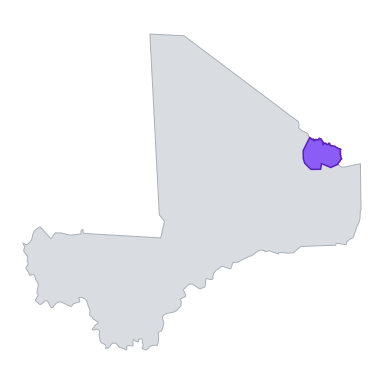 Abeibara, Kidal, Mali shown in context
{"feature_id": "8926073B20562192673680", "entity_name": "Abeibara", "entity_type": "district", "adm_level": 2, "iso_a3": "MLI", "parent_name": "Mali", "parent_adm1": "Kidal", "projection": "orthographic", "projection_center": [2.565, 19.628], "detail": "fine", "context": "in_parent", "style": "filled", "palette": "violet", "viewbox_px": 384, "rotation_deg": 0, "n_neighbors": 0, "source": "geoboundaries", "source_scale": "gbopen_adm2", "svg_char_len": 7040}
<svg xmlns="http://www.w3.org/2000/svg" viewBox="0 0 384 384"><path d="M38.0,295.8L38.2,294.3L36.9,293.0L36.9,292.5L37.9,287.9L37.9,286.7L38.6,284.4L37.7,283.3L37.6,282.5L35.6,279.3L35.1,276.7L34.1,274.9L31.7,274.2L30.7,275.6L30.1,275.7L29.2,274.6L28.9,273.7L29.0,272.9L26.0,268.6L26.3,266.5L27.6,265.5L28.2,263.6L27.1,261.4L27.4,259.4L27.5,256.5L25.7,253.9L24.6,252.6L23.6,250.8L24.7,246.8L23.0,243.2L26.5,244.9L28.2,243.8L29.9,242.2L31.5,240.0L32.3,237.2L32.7,234.8L34.3,231.0L36.1,229.3L39.8,227.0L40.7,227.3L46.0,233.4L49.1,236.6L50.2,238.2L51.3,238.3L53.1,235.7L54.9,233.4L55.6,232.8L61.4,233.0L64.3,233.7L67.0,234.6L70.7,235.1L80.8,234.0L81.0,232.9L80.9,231.5L81.4,230.5L82.3,229.6L83.0,229.5L83.1,232.7L84.0,233.3L86.3,233.6L160.7,237.9L164.5,221.3L159.3,214.9L149.9,34.1L183.9,35.7L189.6,40.0L298.5,121.8L299.0,124.4L298.8,127.9L299.7,129.0L301.3,130.2L307.7,133.6L308.2,134.3L308.4,135.7L309.1,137.4L310.5,138.4L312.1,139.2L314.0,139.7L319.9,140.2L321.1,141.0L323.6,144.2L325.0,144.8L332.8,146.5L335.4,147.3L338.2,148.7L339.7,150.0L339.6,154.9L340.7,158.1L340.7,159.0L339.5,160.3L339.2,161.2L337.7,163.7L338.0,164.7L340.8,166.6L342.1,167.2L343.7,167.2L360.4,163.7L361.0,209.6L360.3,210.4L360.0,218.5L358.7,223.3L356.6,226.9L355.2,232.2L354.4,233.2L353.8,236.2L352.6,238.0L350.4,238.7L346.5,242.1L346.2,244.8L337.0,243.3L336.4,243.4L336.0,243.7L335.8,245.2L312.2,246.0L300.7,246.6L293.4,252.7L288.6,253.2L282.7,252.6L279.7,252.6L278.5,252.9L278.3,254.0L268.9,250.7L265.4,251.7L264.9,251.3L264.4,250.6L262.7,250.2L260.0,250.3L258.1,250.8L252.1,255.5L248.8,256.7L242.8,259.4L238.6,261.8L237.1,262.3L234.8,262.3L232.8,262.8L231.0,268.3L229.8,268.9L222.8,266.4L221.3,266.7L220.1,267.3L216.0,270.5L214.0,273.0L212.8,276.5L213.0,278.8L212.2,279.4L210.4,279.5L207.1,278.7L206.1,279.0L205.6,280.7L205.6,284.5L204.8,287.0L202.8,287.7L201.3,288.7L200.1,288.9L199.1,288.6L193.4,284.6L191.5,283.9L189.3,284.3L187.2,285.8L183.4,289.6L183.8,291.1L184.8,292.7L185.5,294.8L185.4,296.6L180.0,299.0L181.2,301.0L180.9,306.1L178.4,308.4L177.5,309.9L175.2,311.4L173.1,312.3L166.7,313.4L164.0,314.9L162.8,316.2L162.5,317.6L162.7,319.2L163.8,322.7L163.3,325.8L162.2,329.3L161.2,330.9L158.1,332.6L158.5,335.0L158.7,338.4L158.1,342.7L157.1,345.6L156.4,345.3L153.5,345.3L150.4,346.0L149.3,346.7L149.0,347.7L146.3,349.9L144.6,349.7L143.0,349.0L142.1,348.3L142.1,347.9L143.1,346.1L143.2,345.4L142.3,342.0L142.5,341.2L142.1,338.7L141.9,338.5L138.5,339.4L138.3,339.9L138.8,341.6L138.4,341.8L137.2,341.7L135.5,341.1L133.7,339.5L133.2,340.0L133.0,341.1L132.8,342.5L133.2,345.1L132.7,346.0L129.8,345.6L127.4,345.8L126.7,346.7L126.5,347.7L127.0,348.8L126.9,349.3L125.9,349.9L125.4,349.9L124.1,348.6L118.7,347.1L118.3,345.3L117.7,345.3L116.1,343.1L115.3,343.1L114.7,343.4L112.7,343.1L110.8,344.8L109.4,347.0L107.9,348.0L105.7,348.3L106.1,346.9L105.4,344.9L100.9,342.2L100.2,341.1L99.2,335.5L99.3,333.9L99.7,332.4L99.6,331.3L99.1,330.4L97.8,329.5L96.3,329.0L94.5,329.9L93.6,330.1L92.7,330.0L92.3,329.5L92.4,329.0L94.5,326.1L95.5,324.9L97.5,323.6L98.1,322.9L98.1,322.3L98.0,321.9L96.7,321.3L94.7,319.8L93.7,319.5L92.8,318.8L91.9,316.6L91.5,316.2L90.5,315.9L89.7,315.3L90.0,310.0L88.2,305.9L86.7,300.8L85.8,299.5L84.3,298.4L82.4,297.6L80.6,297.3L78.7,297.7L78.7,298.2L79.7,299.9L79.8,300.8L79.6,301.6L79.2,302.2L76.6,302.6L73.0,304.1L71.7,306.2L70.9,306.4L69.6,306.0L60.4,301.7L56.5,303.0L53.8,305.9L53.2,306.9L51.9,307.7L51.3,307.7L50.6,307.0L48.1,302.0L47.0,300.8L45.6,300.6L44.3,301.3L42.9,302.8L41.2,304.2L40.2,304.5L39.3,304.2L35.6,300.7L35.5,300.0L37.4,296.4L38.0,295.8Z" fill="#d9dde1" stroke="#a8b0b8" stroke-width="1"/><path d="M338.0,164.2L338.0,163.8L337.9,163.7L338.0,163.3L338.0,163.2L338.2,162.9L338.4,162.7L338.5,162.6L338.7,162.4L338.8,162.3L339.0,162.2L339.4,161.8L339.6,161.7L339.8,161.4L340.0,160.9L340.1,160.6L340.4,159.8L340.5,159.8L340.7,159.7L341.0,159.5L341.2,159.4L341.4,159.3L341.5,159.2L341.6,158.9L341.5,158.5L341.3,158.2L341.2,158.0L341.2,157.8L341.1,157.6L340.9,157.4L340.9,157.2L340.8,156.9L340.7,156.7L340.6,156.3L340.6,156.2L340.8,156.1L340.9,155.7L340.6,155.2L340.4,155.0L340.3,154.6L340.2,154.5L340.2,154.3L340.2,154.1L340.3,153.9L340.5,153.7L340.6,153.4L340.6,153.1L340.4,153.0L340.4,152.9L340.3,152.6L340.2,152.4L340.2,152.2L340.2,151.9L340.2,151.6L340.3,151.5L340.4,151.2L340.5,151.1L340.5,150.9L340.5,150.5L340.5,150.4L340.5,150.2L340.6,149.8L340.7,149.6L340.8,149.5L340.8,149.4L340.7,149.2L340.3,149.0L340.1,149.0L339.9,148.9L339.7,148.9L339.6,149.0L339.4,148.9L338.7,148.7L338.4,148.6L338.2,148.3L338.1,148.2L337.8,148.2L337.7,148.0L337.6,147.9L337.4,147.9L337.1,147.7L336.5,147.5L336.3,147.4L336.2,147.4L336.0,147.2L335.8,147.1L335.6,147.0L335.6,146.9L335.5,146.5L335.2,146.4L334.8,146.3L334.7,146.3L334.6,146.2L334.4,146.2L334.2,146.2L333.9,146.2L333.7,146.0L333.2,146.0L332.9,146.0L332.7,145.9L332.4,145.8L332.2,145.9L331.8,145.8L331.6,145.8L331.4,145.8L331.2,145.7L331.1,145.8L331.0,145.7L330.9,145.7L330.8,145.4L330.7,145.4L330.4,145.3L330.2,145.3L330.1,145.2L329.9,145.0L329.9,144.9L329.7,144.7L329.8,144.5L329.7,144.5L329.7,144.4L329.6,144.1L329.5,143.9L329.4,143.8L329.4,143.7L329.5,143.7L329.5,143.4L329.4,143.3L329.2,143.2L328.9,143.2L328.9,143.3L328.8,143.5L328.7,143.8L328.8,144.0L328.1,144.3L328.1,144.2L327.9,144.1L327.7,144.2L327.7,144.3L327.4,144.3L327.3,144.5L327.2,144.6L326.8,144.5L326.6,144.5L326.5,144.4L326.5,144.2L326.3,144.0L326.2,143.9L326.0,143.7L325.9,143.4L325.8,143.2L325.7,143.2L325.6,143.3L325.4,143.3L325.1,143.4L324.8,143.1L324.7,143.1L324.5,143.3L324.4,143.3L324.1,143.5L323.8,143.6L323.7,143.6L323.4,143.8L323.3,144.0L323.3,144.3L323.2,144.5L322.9,144.6L322.9,144.4L323.0,144.2L323.0,143.9L323.0,143.7L322.9,143.4L322.9,143.2L323.0,143.1L323.2,142.9L323.3,142.8L323.3,142.6L323.3,142.4L323.2,142.2L322.9,142.1L322.7,142.0L322.6,141.9L322.4,141.7L322.4,141.4L322.5,141.3L322.5,141.2L322.4,141.1L322.3,140.9L322.2,140.9L322.1,140.7L321.9,140.7L321.7,140.6L321.7,140.4L321.5,140.2L321.4,140.0L321.4,139.8L321.4,139.7L321.5,139.7L321.5,139.4L321.4,139.3L321.3,139.2L321.2,139.2L320.9,138.9L320.6,138.8L320.4,138.8L320.1,138.7L319.9,138.7L319.7,138.5L319.6,138.4L319.4,138.4L319.3,138.5L319.2,138.4L319.1,138.5L319.0,138.8L319.1,139.0L318.9,139.4L318.7,139.4L318.7,139.5L318.3,139.7L318.2,139.6L317.9,140.0L317.7,140.1L317.4,140.0L317.2,139.9L317.1,140.0L316.9,140.0L316.7,139.9L316.5,139.7L316.3,139.6L316.1,139.4L315.9,139.5L315.7,139.7L315.5,139.8L315.4,140.0L315.2,140.1L315.1,139.9L314.9,140.0L314.7,140.1L314.4,140.0L314.3,140.3L314.2,140.6L314.1,140.8L313.8,140.7L313.7,140.7L313.5,140.4L313.4,140.4L313.5,140.1L313.5,139.9L313.4,139.7L313.2,139.6L313.2,139.3L313.2,139.2L313.0,139.3L312.9,139.3L312.8,139.2L312.7,139.2L312.3,139.2L312.1,139.2L311.9,139.3L311.6,139.3L311.4,139.2L311.2,139.0L311.2,138.9L311.0,138.7L311.0,138.4L310.9,138.2L310.7,138.0L310.4,138.0L310.2,138.0L310.2,137.9L310.0,137.7L309.9,137.7L309.7,137.5L303.2,150.5L303.3,158.6L304.7,163.2L310.2,168.7L311.2,169.4L320.6,169.3L321.5,163.6L330.8,167.5L338.0,164.2Z" fill="#8b5cf6" stroke="#5b21b6" stroke-width="1.5"/></svg>